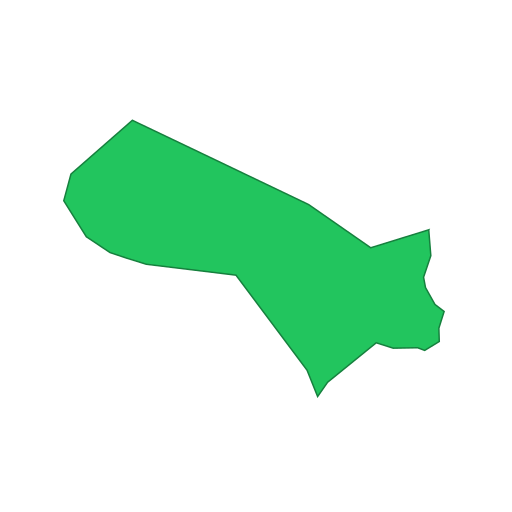 the district of Tonj South, Warrap, South Sudan, rotated 116°
{"feature_id": "79223893B28236653000633", "entity_name": "Tonj South", "entity_type": "district", "adm_level": 2, "iso_a3": "SSD", "parent_name": "South Sudan", "parent_adm1": "Warrap", "projection": "robinson", "projection_center": [28.756, 7.089], "detail": "fine", "context": "isolated", "style": "filled", "palette": "green", "viewbox_px": 512, "rotation_deg": 116, "n_neighbors": 0, "source": "geoboundaries", "source_scale": "gbopen_adm2", "svg_char_len": 521}
<svg xmlns="http://www.w3.org/2000/svg" viewBox="0 0 512 512"><g transform="rotate(116 256 256)"><path d="M314.6,371.1L311.5,350.9L282.0,265.6L336.3,160.0L355.3,139.0L338.1,136.3L281.3,109.9L278.7,92.3L267.6,70.5L266.9,63.0L252.5,53.8L240.7,60.0L223.4,62.6L221.1,73.9L210.1,89.8L201.6,96.1L179.1,99.0L156.8,112.2L156.7,112.2L198.3,156.5L186.7,231.2L187.6,350.6L188.2,420.6L188.2,426.6L263.4,458.2L263.6,458.2L290.6,453.0L313.1,416.9L316.9,388.7L314.6,371.1Z" fill="#22c55e" stroke="#15803d" stroke-width="1.5"/></g></svg>